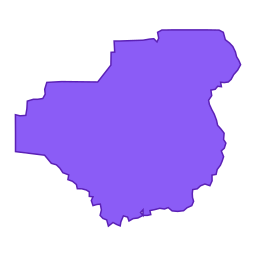 Forquilhinha, Santa Catarina, Brazil
{"feature_id": "56859067B16850363929127", "entity_name": "Forquilhinha", "entity_type": "district", "adm_level": 2, "iso_a3": "BRA", "parent_name": "Brazil", "parent_adm1": "Santa Catarina", "projection": "orthographic", "projection_center": [-49.484, -28.785], "detail": "fine", "context": "isolated", "style": "filled", "palette": "violet", "viewbox_px": 256, "rotation_deg": 0, "n_neighbors": 0, "source": "geoboundaries", "source_scale": "gbopen_adm2", "svg_char_len": 1658}
<svg xmlns="http://www.w3.org/2000/svg" viewBox="0 0 256 256"><path d="M157.6,32.3L158.7,38.2L157.0,41.9L153.8,38.7L149.5,39.1L143.1,40.2L120.1,41.0L114.1,41.0L114.7,52.1L111.1,52.3L110.9,65.1L97.7,82.0L61.6,81.6L46.8,82.4L44.7,89.3L45.2,94.2L42.8,98.5L37.7,99.3L33.3,99.3L27.3,101.1L26.9,108.5L25.8,115.4L20.0,115.8L15.4,114.7L15.5,133.9L15.5,151.6L44.6,155.2L48.5,159.9L51.3,163.3L56.4,164.8L59.9,168.2L62.9,172.7L68.7,174.9L67.9,179.6L72.5,181.3L76.4,184.5L77.3,188.7L81.8,188.8L86.3,190.0L89.3,191.9L89.3,196.4L93.0,196.8L91.3,200.5L93.0,205.6L96.8,204.5L100.3,204.1L101.4,209.9L100.1,215.4L102.9,218.4L106.7,219.9L108.4,226.1L113.0,222.5L116.7,224.5L120.2,225.9L120.9,221.8L123.4,215.9L127.6,217.1L129.0,221.0L133.1,218.6L137.9,218.0L143.0,215.4L147.3,215.4L150.8,214.6L149.9,210.6L154.7,209.6L159.8,208.3L164.5,209.0L168.2,207.6L172.1,210.9L177.7,211.4L183.6,210.7L187.1,207.7L191.8,205.6L193.6,201.3L192.5,197.5L192.3,193.6L192.7,189.6L197.3,188.8L200.5,185.8L204.9,184.0L209.9,185.7L212.1,180.8L212.0,175.1L216.1,174.4L217.2,169.5L220.4,165.2L222.1,161.2L223.6,156.7L221.3,150.9L224.3,148.2L225.9,143.1L223.6,139.6L224.1,133.2L221.0,129.1L217.6,125.3L216.5,120.2L214.2,114.1L211.7,109.5L209.4,104.4L208.6,100.3L211.7,95.6L210.9,90.1L215.2,89.3L217.7,86.3L221.4,86.7L220.6,82.2L224.2,82.6L228.3,82.0L231.1,79.4L233.7,74.6L237.6,70.2L240.6,64.7L238.8,60.4L236.6,56.8L235.4,51.9L232.8,46.5L229.6,43.1L225.3,39.7L223.3,32.3L219.1,30.1L207.0,29.9L202.4,29.9L195.9,29.9L183.4,29.9L179.3,29.9L175.7,29.9L171.8,29.9L166.5,30.0L161.9,30.0L157.6,32.3ZM143.0,215.4L140.5,212.5L143.0,209.8L143.0,215.4Z" fill="#8b5cf6" stroke="#5b21b6" stroke-width="1.5"/></svg>